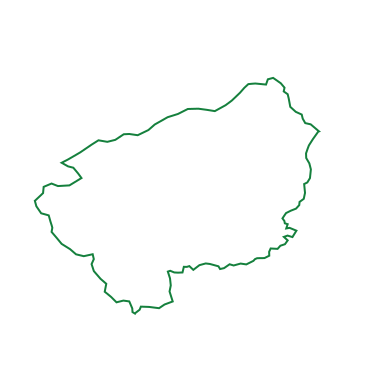 the district of Arakapas, Limassol, Cyprus, rotated 147°
{"feature_id": "46923920B61372906166582", "entity_name": "Arakapas", "entity_type": "district", "adm_level": 2, "iso_a3": "CYP", "parent_name": "Cyprus", "parent_adm1": "Limassol", "projection": "orthographic", "projection_center": [33.105, 34.852], "detail": "fine", "context": "isolated", "style": "outline", "palette": "green", "viewbox_px": 384, "rotation_deg": 147, "n_neighbors": 0, "source": "geoboundaries", "source_scale": "gbopen_adm2", "svg_char_len": 1913}
<svg xmlns="http://www.w3.org/2000/svg" viewBox="0 0 384 384"><g transform="rotate(147 192 192)"><path d="M52.5,173.7L55.6,184.1L59.5,188.1L59.2,193.2L57.8,197.2L61.3,202.7L63.2,209.9L59.9,217.9L58.5,221.9L60.3,226.4L57.6,229.1L58.3,234.8L61.8,243.5L67.0,245.2L71.4,241.8L79.8,248.5L83.1,250.3L86.0,251.8L91.3,250.9L97.7,249.1L108.8,247.0L116.5,246.5L128.8,247.4L135.0,253.0L141.3,258.4L150.3,263.9L161.3,265.1L171.7,268.0L186.5,268.9L194.8,267.7L206.6,269.2L213.0,274.8L217.8,277.6L227.9,277.5L235.7,280.2L242.3,286.3L250.5,286.4L264.3,286.1L278.3,286.8L285.4,287.5L282.0,281.0L278.3,277.0L277.4,269.4L277.1,263.9L291.2,264.3L301.2,270.0L305.2,275.6L313.6,277.1L317.5,272.2L328.4,270.2L328.6,270.2L330.3,264.8L330.1,256.3L326.1,251.8L324.9,250.4L326.8,244.3L327.9,240.3L328.6,238.1L331.5,235.0L330.5,227.4L329.6,219.5L325.4,210.5L323.2,202.9L317.7,197.1L309.2,193.9L310.9,189.2L315.5,186.2L317.4,179.1L316.0,169.0L313.9,161.7L319.5,155.9L317.0,148.1L315.4,140.6L308.7,138.3L304.2,134.4L305.5,126.9L307.3,123.7L306.1,121.2L306.0,121.3L300.0,121.8L297.3,123.7L290.6,119.0L282.9,112.5L276.3,112.6L267.8,110.7L265.0,120.8L260.7,125.2L257.5,131.5L255.6,138.4L253.2,137.8L250.7,134.2L247.7,132.0L243.8,129.7L242.5,130.9L239.6,133.7L237.1,132.0L234.6,131.3L233.3,126.0L225.6,126.6L219.4,124.6L216.2,121.9L210.3,115.3L210.4,112.1L206.6,110.7L199.8,110.9L197.1,107.7L190.2,105.5L185.9,101.7L178.0,100.8L175.7,101.4L173.4,101.0L167.2,97.1L161.9,96.5L159.9,99.8L156.8,101.8L151.2,97.7L147.1,98.8L142.5,97.6L138.1,99.3L139.4,104.3L135.6,103.4L132.3,99.5L125.5,102.7L129.7,108.8L132.8,110.1L129.3,112.9L131.2,115.2L130.3,117.4L130.5,120.6L127.5,121.9L124.6,123.1L119.3,122.5L113.8,121.4L109.2,122.6L107.2,125.1L102.0,125.4L97.7,129.7L93.6,137.6L90.1,137.2L85.5,139.4L80.0,146.2L78.0,152.1L77.7,158.3L75.3,162.3L71.2,165.5L68.6,167.4L61.8,170.5L53.2,173.9L52.5,173.7Z" fill="none" stroke="#15803d" stroke-width="2"/></g></svg>